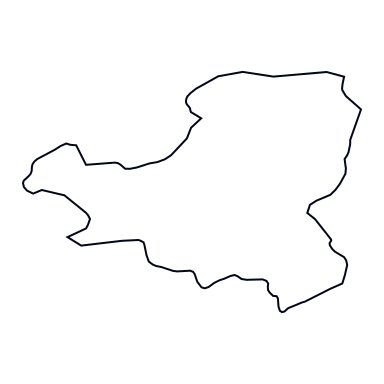 the border of Schwyz
{"feature_id": "CHE-173", "entity_name": "Schwyz", "entity_type": "Canton", "adm_level": 1, "iso_a3": "CHE", "parent_name": "Switzerland", "parent_adm1": "", "projection": "equal_earth", "projection_center": [8.712, 47.055], "detail": "fine", "context": "isolated", "style": "outline", "palette": "ink", "viewbox_px": 384, "rotation_deg": 0, "n_neighbors": 0, "source": "natural_earth", "source_scale": "10m", "svg_char_len": 1635}
<svg xmlns="http://www.w3.org/2000/svg" viewBox="0 0 384 384"><path d="M177.3,271.4L173.1,270.9L161.2,267.0L156.2,266.0L153.0,264.7L148.8,261.6L146.5,255.1L144.4,244.9L143.5,242.3L140.7,240.8L138.5,240.0L122.0,240.8L81.2,245.6L67.5,237.1L86.1,228.4L88.0,224.7L90.0,219.0L88.2,215.5L86.1,212.9L64.4,195.3L41.8,190.0L33.2,193.6L27.0,190.6L23.9,187.0L23.0,183.0L23.8,180.6L28.9,175.9L30.8,173.5L31.7,170.8L31.9,167.0L32.5,164.3L34.3,161.6L37.3,159.0L54.7,149.8L60.6,146.0L66.3,143.5L70.3,144.8L76.2,145.3L86.0,164.8L115.0,162.6L118.1,163.2L120.5,164.7L125.1,168.7L130.0,168.8L136.7,167.5L149.6,163.4L157.3,162.1L164.9,159.3L171.1,155.2L186.9,138.4L191.1,127.7L201.2,118.3L190.8,112.0L189.9,108.0L186.7,104.1L186.1,102.6L186.0,100.7L186.4,98.7L187.3,96.5L190.6,93.0L196.2,88.6L218.2,76.3L242.6,71.9L273.4,76.6L326.5,72.0L344.1,76.7L342.6,83.7L342.1,88.1L342.2,89.9L345.9,96.1L361.0,109.4L350.2,140.0L350.2,144.1L348.5,152.2L347.2,155.2L344.6,159.1L345.9,168.6L345.4,173.8L339.8,184.0L335.4,189.9L330.4,194.8L316.4,200.7L310.0,204.8L307.3,212.9L315.2,219.3L331.1,239.5L331.2,240.6L329.6,243.1L329.8,245.2L332.3,249.1L335.0,251.7L344.0,257.1L346.2,260.4L347.2,265.0L345.0,274.7L342.3,283.5L330.3,288.8L304.8,301.7L302.2,302.4L288.1,308.2L284.5,311.5L282.0,312.1L279.9,310.8L278.5,306.5L277.9,298.4L276.6,296.2L273.1,295.9L269.8,292.7L268.1,290.2L267.8,286.8L268.2,283.6L266.5,280.9L262.6,279.4L246.6,279.8L241.5,279.0L237.7,276.3L234.7,275.0L230.7,275.9L224.0,278.8L219.7,280.2L214.4,282.8L208.6,287.0L204.8,288.3L201.5,287.3L197.3,281.8L194.6,273.9L193.0,271.8L190.2,270.7L177.3,271.4Z" fill="none" stroke="#020617" stroke-width="2"/></svg>